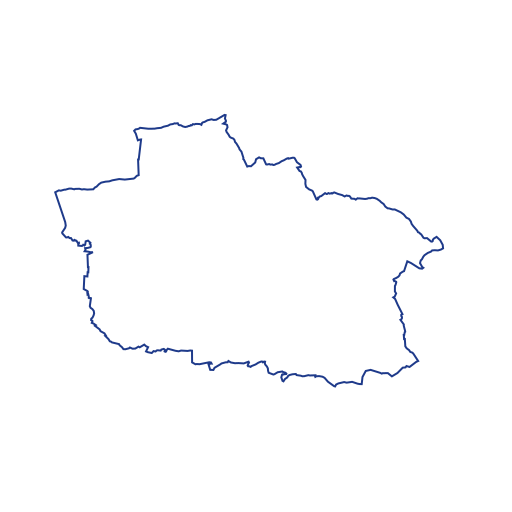 outline of Mihaesti, Arges, Romania, rotated 68°
{"feature_id": "2599482B87190754251208", "entity_name": "Mihaesti", "entity_type": "district", "adm_level": 2, "iso_a3": "ROU", "parent_name": "Romania", "parent_adm1": "Arges", "projection": "albers", "projection_center": [25.018, 45.129], "detail": "fine", "context": "isolated", "style": "outline", "palette": "blue", "viewbox_px": 512, "rotation_deg": 68, "n_neighbors": 0, "source": "geoboundaries", "source_scale": "gbopen_adm2", "svg_char_len": 6130}
<svg xmlns="http://www.w3.org/2000/svg" viewBox="0 0 512 512"><g transform="rotate(68 256 256)"><path d="M310.9,375.2L309.6,373.9L308.9,372.5L313.7,366.2L315.4,363.4L315.6,360.9L318.4,355.0L319.0,352.3L319.8,350.8L330.7,355.1L333.7,352.7L333.9,351.6L335.2,348.8L337.0,339.1L337.9,337.6L339.1,337.5L338.2,339.4L338.9,339.7L338.6,340.6L344.4,341.1L345.7,338.2L344.1,336.3L343.1,329.7L342.7,328.3L343.2,324.0L343.9,322.1L343.0,320.9L345.3,319.2L347.5,315.7L348.7,312.4L351.0,307.6L351.2,302.5L352.2,302.4L353.0,303.5L354.5,304.8L355.3,304.6L355.6,303.8L356.8,302.5L356.4,301.8L356.4,297.0L355.8,293.8L355.8,290.7L356.2,289.8L357.1,289.5L356.9,288.0L357.4,287.2L358.6,288.0L360.1,288.1L362.5,287.3L364.6,287.1L366.9,287.8L369.0,288.0L372.4,284.3L372.5,283.1L371.9,279.5L372.9,274.9L373.7,274.4L375.3,272.4L376.5,271.9L376.8,272.2L376.2,273.9L376.2,274.9L375.6,275.8L375.8,276.3L378.0,278.0L381.7,278.2L382.5,277.5L380.9,275.2L380.3,272.5L379.3,271.3L378.9,269.6L379.3,266.6L380.3,263.3L381.6,263.0L383.7,259.4L384.9,258.0L385.5,256.3L386.1,252.1L387.0,250.7L388.8,245.7L389.6,246.3L390.3,246.3L390.1,245.0L391.1,242.3L392.8,239.6L393.7,238.8L394.8,238.0L399.5,236.4L406.0,232.3L406.6,231.5L405.2,229.9L405.0,227.4L405.9,221.5L407.4,219.4L408.7,214.0L412.4,209.7L413.5,208.0L414.4,206.0L408.1,202.6L403.7,197.3L404.5,192.4L410.8,184.7L412.2,183.4L412.1,182.5L414.0,177.6L418.5,175.1L417.5,168.7L414.5,161.8L415.3,159.1L414.4,157.7L416.4,155.2L414.2,147.2L414.1,145.0L405.5,146.7L404.2,147.2L402.7,148.9L400.7,149.3L398.0,150.9L395.7,151.4L388.7,149.1L388.5,149.8L384.6,148.6L384.8,148.2L382.3,146.6L382.2,146.1L381.8,145.9L375.9,145.1L374.8,144.6L369.3,146.0L369.2,145.1L368.5,144.1L367.3,143.5L366.0,143.8L364.9,143.3L364.8,142.0L354.2,142.9L347.9,143.1L345.8,144.2L345.6,142.6L343.2,140.1L340.9,140.5L335.8,138.4L335.1,137.5L333.1,135.9L332.4,135.7L331.0,136.9L331.0,137.3L329.3,137.4L329.0,136.9L328.9,134.1L328.5,131.8L327.7,130.2L326.2,129.0L325.5,125.9L325.5,124.4L317.6,117.7L320.5,115.0L328.6,109.2L330.0,106.7L329.6,105.3L328.5,106.0L324.1,106.6L323.5,106.2L321.8,104.9L321.3,103.5L319.3,101.1L318.4,99.5L317.5,95.5L317.5,92.2L316.8,90.6L317.6,88.1L319.0,85.2L319.3,82.2L319.0,79.7L315.6,78.7L310.4,79.3L305.9,81.4L306.5,84.7L307.2,85.9L308.3,86.5L308.6,87.4L308.2,88.2L303.5,90.7L302.7,93.1L301.8,93.9L297.9,94.7L296.5,95.6L295.6,95.8L294.6,96.9L293.0,97.0L286.9,99.1L284.4,99.7L282.1,99.5L278.9,100.3L276.8,102.2L272.8,103.5L269.7,105.4L264.8,109.9L264.0,112.0L261.8,114.7L261.1,116.1L258.6,117.6L255.6,118.2L253.1,119.8L251.2,120.6L248.2,122.6L246.7,124.3L245.4,126.5L245.3,128.1L244.5,130.2L244.5,131.5L244.0,133.5L241.3,138.6L241.2,139.1L240.5,140.2L241.1,142.4L239.9,143.2L238.5,146.1L236.0,146.6L235.1,147.2L234.7,148.3L233.8,149.4L234.0,151.5L231.8,153.3L229.2,156.7L226.4,159.6L226.3,160.7L226.6,161.3L226.6,162.1L226.0,162.4L225.8,164.3L224.8,165.3L225.1,166.8L224.9,167.4L223.6,168.4L224.9,173.1L224.7,174.4L225.2,175.6L225.1,176.7L225.4,177.0L226.2,176.8L226.6,177.3L226.7,178.2L226.1,178.8L217.3,179.1L216.3,179.6L214.1,181.8L210.7,183.7L207.6,183.2L204.0,181.6L199.5,182.4L197.2,182.6L196.2,182.4L194.4,182.7L193.5,183.8L189.4,184.7L189.8,182.3L190.2,182.0L190.2,181.2L189.9,180.7L188.2,180.6L184.4,182.9L179.8,183.5L179.1,184.0L178.6,185.2L178.1,188.7L177.9,189.5L177.3,189.6L177.2,191.0L177.7,194.4L177.7,196.7L178.4,200.0L178.2,202.9L178.4,204.6L178.1,205.9L177.2,206.6L176.6,208.5L175.7,209.3L175.3,211.6L174.8,212.3L168.2,212.6L167.2,214.9L165.7,216.2L166.3,219.7L169.0,221.7L170.9,227.0L169.9,229.1L169.8,230.6L162.2,231.1L161.4,231.5L160.2,230.9L153.8,230.4L151.0,231.3L149.5,231.2L144.4,232.0L142.4,232.7L140.3,232.5L138.7,233.0L136.8,235.0L135.7,235.7L133.1,236.0L130.0,236.8L128.3,236.7L126.0,234.2L124.1,233.8L123.5,233.8L122.8,234.4L121.0,236.8L120.2,233.6L119.3,233.2L116.9,233.3L114.0,231.4L113.4,232.3L114.8,241.8L114.0,244.3L112.6,246.0L112.0,250.2L112.4,253.4L112.2,255.3L112.4,256.1L113.9,257.5L112.7,258.5L111.8,260.4L110.9,262.6L110.9,263.9L110.1,265.1L110.8,266.7L110.2,267.6L110.6,268.6L110.2,269.8L110.3,271.1L109.9,273.3L108.5,275.2L106.5,276.8L106.0,278.1L105.5,278.6L103.6,278.8L103.0,281.0L102.5,281.8L102.5,283.7L101.9,286.2L102.2,288.8L101.5,293.2L101.6,296.0L100.5,299.7L99.9,302.5L97.6,308.3L93.7,315.5L94.0,316.4L94.0,318.0L93.5,320.3L94.3,322.1L97.6,321.6L104.5,322.2L104.6,319.9L104.9,318.9L122.6,328.6L122.4,329.2L137.1,334.5L137.0,336.5L138.2,339.2L138.4,340.4L136.0,349.0L133.4,354.0L132.0,360.9L131.8,364.1L130.7,367.7L130.0,372.0L130.6,374.7L132.0,377.9L132.1,379.6L133.2,381.9L131.2,387.6L129.6,390.5L129.1,392.5L127.5,394.6L126.0,398.7L126.1,399.5L124.2,402.2L123.5,404.1L123.1,407.9L122.7,408.8L122.3,412.6L121.3,414.2L121.7,418.3L153.1,420.2L156.5,421.0L158.4,422.4L161.5,426.9L162.5,427.1L167.6,425.2L168.0,424.3L168.0,422.9L169.5,422.2L170.1,420.8L172.9,420.3L173.4,419.5L173.0,418.3L173.6,417.8L174.0,417.9L174.5,416.8L177.1,416.3L177.5,415.6L177.4,415.2L177.7,415.2L177.9,415.4L177.7,416.1L179.8,416.9L181.5,413.6L181.2,412.9L181.3,412.3L180.9,411.9L181.5,411.2L181.9,411.1L181.6,410.2L178.6,408.4L178.8,406.0L181.7,404.6L182.4,405.5L183.1,405.1L183.9,405.1L185.4,405.7L185.8,406.2L185.5,408.9L184.7,411.5L186.3,411.7L187.4,413.1L188.9,410.3L190.4,408.2L191.4,405.8L191.7,411.8L203.4,416.0L203.6,415.5L208.3,417.6L208.0,418.2L211.8,420.0L210.4,422.7L222.1,428.1L225.4,425.4L226.0,425.3L226.6,426.1L228.5,426.6L228.3,425.8L230.9,426.2L232.2,426.8L232.5,426.6L233.1,424.9L233.4,424.9L240.3,428.9L242.1,428.8L243.9,427.6L246.1,427.0L248.6,427.6L250.3,428.9L251.9,430.7L252.4,432.2L253.6,432.9L254.8,432.0L255.4,432.2L256.5,433.3L257.7,432.0L260.1,430.4L260.4,431.5L265.4,428.5L267.5,428.3L270.9,425.5L273.6,425.0L273.6,425.7L277.8,423.9L280.3,423.5L281.1,422.5L282.1,422.0L286.4,416.0L287.6,415.9L290.4,414.4L292.7,413.8L293.5,412.1L294.0,408.3L293.6,407.2L295.7,405.2L296.6,402.6L296.0,398.9L297.1,398.0L296.3,392.8L298.4,391.8L300.1,390.2L303.3,393.7L304.6,392.4L306.9,389.0L305.8,386.6L306.9,384.9L306.4,383.5L306.6,382.4L308.0,379.8L307.3,378.8L307.6,376.3L308.9,375.5L310.2,376.5L310.9,375.9L310.9,375.2Z" fill="none" stroke="#1e3a8a" stroke-width="2"/></g></svg>